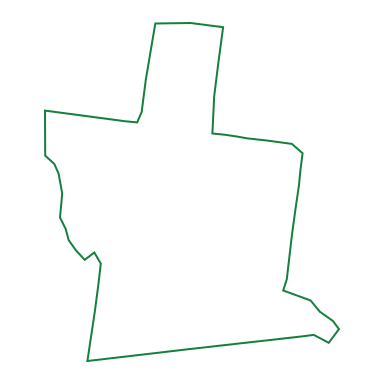 the district of Campo Bom, Rio Grande do Sul, Brazil
{"feature_id": "56859067B26450975803868", "entity_name": "Campo Bom", "entity_type": "district", "adm_level": 2, "iso_a3": "BRA", "parent_name": "Brazil", "parent_adm1": "Rio Grande do Sul", "projection": "mercator", "projection_center": [-51.046, -29.666], "detail": "fine", "context": "isolated", "style": "outline", "palette": "green", "viewbox_px": 384, "rotation_deg": 0, "n_neighbors": 0, "source": "geoboundaries", "source_scale": "gbopen_adm2", "svg_char_len": 681}
<svg xmlns="http://www.w3.org/2000/svg" viewBox="0 0 384 384"><path d="M339.0,329.1L332.8,320.9L319.8,311.7L310.6,300.5L283.2,290.5L286.8,279.2L291.9,235.2L295.7,207.5L299.0,185.0L300.4,170.4L302.6,153.3L291.9,143.9L267.6,140.6L246.8,138.3L236.1,136.4L224.5,134.7L212.4,133.5L214.2,96.2L218.0,65.5L223.1,27.2L190.6,23.0L155.3,23.5L145.9,79.1L143.2,99.9L141.7,111.8L137.2,122.4L124.5,121.2L45.0,110.6L45.2,155.6L54.4,164.1L58.6,173.7L62.2,193.5L61.3,203.7L60.0,217.5L65.7,229.0L68.7,240.2L75.8,250.2L84.7,259.8L94.3,252.5L100.8,263.6L98.4,284.4L94.8,311.7L87.4,361.0L187.4,349.3L302.0,336.4L313.8,334.9L328.7,342.8L339.0,329.1Z" fill="none" stroke="#15803d" stroke-width="2"/></svg>